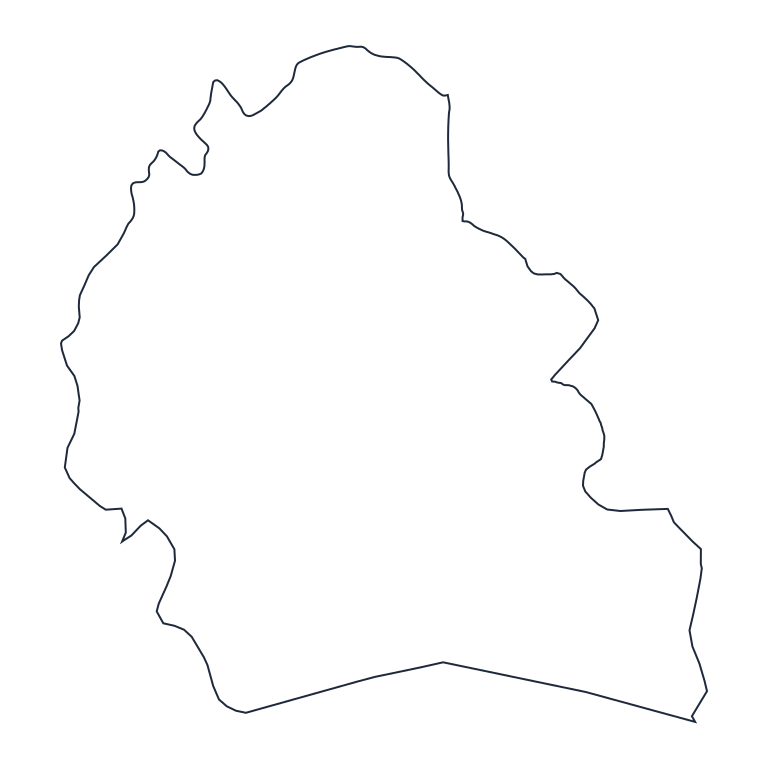 Lhamoizingkha, Geylegphug, Bhutan
{"feature_id": "84629894B38821780913292", "entity_name": "Lhamoizingkha", "entity_type": "district", "adm_level": 2, "iso_a3": "BTN", "parent_name": "Bhutan", "parent_adm1": "Geylegphug", "projection": "robinson", "projection_center": [89.795, 26.759], "detail": "fine", "context": "isolated", "style": "outline", "palette": "slate", "viewbox_px": 768, "rotation_deg": 0, "n_neighbors": 0, "source": "geoboundaries", "source_scale": "gbopen_adm2", "svg_char_len": 5983}
<svg xmlns="http://www.w3.org/2000/svg" viewBox="0 0 768 768"><path d="M61.0,343.6L62.1,350.3L67.0,365.6L74.4,376.0L77.5,385.9L78.8,395.2L79.6,400.4L78.3,408.0L78.6,411.6L74.3,433.8L67.5,447.8L64.8,467.5L69.6,478.1L74.1,483.2L79.8,489.1L89.4,497.2L100.0,506.1L105.8,509.7L121.5,508.6L125.3,518.4L125.8,532.6L122.1,541.6L125.0,539.6L131.4,535.5L140.8,525.6L148.0,520.3L159.3,528.3L166.9,536.3L174.4,549.3L175.0,560.7L170.7,576.1L166.3,586.9L158.8,603.5L156.7,611.4L163.3,623.3L174.5,625.8L184.0,629.7L191.7,636.8L203.9,657.3L207.4,664.9L213.2,686.0L219.0,699.5L226.8,706.3L235.9,710.7L245.9,712.8L357.6,681.5L374.9,676.9L423.2,666.8L443.1,662.3L585.7,692.0L695.1,721.9L691.9,716.2L707.0,691.2L704.5,680.8L699.4,663.5L692.4,646.4L689.5,630.3L693.2,614.4L696.8,597.6L700.4,578.9L701.8,568.3L700.8,564.0L700.9,549.1L692.6,541.5L678.0,526.6L673.9,522.3L671.2,515.8L667.8,508.9L641.8,509.8L620.4,511.0L607.2,509.5L598.4,504.5L591.0,497.9L585.3,491.5L583.0,485.8L583.2,480.9L584.1,476.2L584.6,473.0L586.0,469.6L590.0,466.5L594.6,463.7L595.9,462.5L601.0,459.1L602.3,454.9L603.8,446.5L603.8,443.4L604.3,439.3L604.3,436.0L603.9,434.1L603.2,432.0L602.5,430.1L602.2,428.0L601.1,424.9L600.6,422.8L599.6,421.2L598.8,419.1L597.9,417.1L597.1,415.2L596.2,413.2L595.3,411.3L594.3,409.4L593.3,407.5L592.3,405.6L591.2,403.8L589.5,402.4L587.9,401.0L586.3,399.7L584.7,398.3L583.1,396.9L581.5,395.6L580.0,394.1L578.7,392.4L577.7,390.5L576.2,388.7L574.6,387.4L572.8,386.3L570.8,385.8L568.8,385.2L566.8,385.1L564.7,385.1L562.8,384.4L561.3,383.1L559.2,382.8L557.2,382.5L555.2,381.7L552.1,381.5L551.2,379.5L553.3,377.0L554.7,375.2L567.9,361.0L580.1,348.1L586.5,339.3L594.6,328.3L598.2,320.2L594.4,308.4L593.1,306.9L591.7,305.1L590.2,303.3L588.6,301.6L587.0,300.0L585.3,298.4L583.6,296.8L581.9,295.3L580.1,293.8L578.5,292.1L577.1,290.3L575.6,288.5L574.0,286.8L572.3,285.3L570.5,283.8L568.8,282.3L567.0,280.8L565.2,279.3L563.6,277.7L562.0,275.7L560.4,274.0L556.7,272.9L554.4,273.9L551.2,274.3L546.6,274.3L541.3,274.5L537.5,274.4L533.8,273.4L531.0,271.2L527.5,266.3L525.2,258.8L523.4,257.6L521.8,255.9L520.2,254.2L518.6,252.6L517.0,250.9L515.4,249.2L513.8,247.6L512.1,246.0L510.4,244.4L508.7,242.8L507.0,241.2L505.2,239.7L503.4,238.4L501.5,237.2L499.5,236.2L497.4,235.3L495.2,234.6L493.0,233.9L490.9,233.1L488.7,232.4L486.5,231.8L484.3,231.1L482.2,230.3L480.2,229.3L478.1,228.3L476.1,227.2L474.1,225.9L472.5,224.4L470.5,222.9L468.8,222.0L466.9,221.4L464.5,221.4L462.6,221.1L462.5,217.4L463.1,215.1L463.1,213.0L462.1,210.1L461.9,207.2L461.9,205.2L461.6,203.2L461.1,200.8L460.4,198.6L459.6,196.4L458.6,194.2L457.7,192.1L456.6,190.0L455.5,187.9L454.5,185.8L453.3,183.7L452.1,181.7L450.8,179.7L449.7,177.6L449.0,175.4L448.7,173.1L448.6,170.8L448.7,168.3L448.7,165.9L448.7,163.5L448.5,156.4L448.4,154.1L448.3,149.3L448.2,144.6L448.1,139.8L448.1,137.5L448.1,135.1L448.2,130.4L448.2,128.0L448.3,125.6L448.4,123.3L448.5,120.9L448.6,118.5L448.8,116.1L448.9,113.8L449.2,111.4L449.6,109.1L449.6,106.7L449.4,104.4L449.1,102.0L448.6,99.7L448.2,97.4L447.8,95.0L445.6,95.5L443.3,95.6L441.3,94.6L439.4,93.3L437.6,91.8L435.9,90.3L434.1,88.8L432.4,87.3L430.6,85.9L428.8,84.4L427.1,82.9L425.4,81.3L423.7,79.7L422.1,78.1L420.5,76.4L418.9,74.7L417.2,73.1L415.6,71.4L414.0,69.8L412.3,68.3L410.5,66.7L408.8,65.3L407.0,63.8L405.1,62.4L403.3,61.1L401.4,59.8L399.4,58.6L397.3,57.8L395.1,57.5L392.8,57.3L390.6,57.1L388.3,57.0L386.0,56.9L383.8,56.7L381.6,56.5L379.3,56.1L377.1,55.5L374.9,54.9L372.8,54.0L370.9,52.9L369.0,51.6L367.2,50.1L365.5,48.5L363.6,47.3L361.4,46.7L359.2,46.8L356.9,46.9L354.7,46.7L352.4,46.4L350.2,46.1L347.9,46.2L345.7,46.7L343.5,47.2L341.3,47.8L339.1,48.3L336.9,48.9L334.7,49.4L332.5,50.0L330.3,50.6L328.2,51.2L326.0,51.8L323.8,52.5L321.6,53.2L319.5,53.9L317.4,54.7L315.2,55.5L313.1,56.3L311.0,57.1L308.9,58.0L306.8,58.9L304.7,59.8L302.6,60.8L300.6,61.8L298.6,62.9L297.0,64.5L295.9,66.6L295.2,68.9L294.7,71.2L294.2,73.5L293.7,75.8L293.1,78.1L292.2,80.3L290.9,82.2L289.3,83.9L287.5,85.3L285.6,86.6L283.9,88.2L282.4,89.9L280.9,91.7L279.5,93.6L278.1,95.4L276.5,97.2L274.9,98.8L273.2,100.4L271.5,101.9L269.8,103.5L268.0,105.0L266.3,106.5L264.5,107.9L262.7,109.4L260.9,110.8L258.9,111.9L256.9,113.0L254.9,114.1L252.9,115.2L250.8,115.9L248.5,116.1L246.3,115.5L244.5,114.2L243.1,112.3L242.1,110.2L241.2,108.0L239.9,106.0L238.6,104.2L237.1,102.3L235.5,100.7L233.9,99.0L232.3,97.3L230.8,95.5L229.5,93.6L228.2,91.7L226.9,89.7L225.6,87.8L224.2,85.9L222.7,84.1L221.1,82.5L219.3,81.2L217.2,80.2L215.0,80.5L213.3,82.0L212.8,84.3L212.4,86.6L211.5,91.3L211.1,93.6L210.8,95.9L210.5,98.3L210.3,100.7L209.6,102.9L208.7,105.1L207.6,107.2L206.6,109.3L205.5,111.4L204.4,113.4L203.2,115.4L201.9,117.4L200.5,119.2L198.8,120.8L197.1,122.4L195.7,124.2L194.5,126.3L194.2,128.6L194.7,130.9L195.7,133.0L197.0,134.9L198.5,136.7L200.0,138.4L201.7,140.1L203.4,141.6L205.1,143.2L206.8,144.8L208.1,146.7L208.4,149.0L207.8,151.3L206.6,153.3L205.2,155.1L204.7,156.9L204.5,159.3L204.6,161.7L204.5,164.0L204.4,166.4L203.9,168.7L203.1,170.9L201.4,173.4L199.4,174.3L197.1,174.8L194.9,174.9L192.6,174.8L190.5,174.0L188.6,172.7L186.9,171.1L185.5,169.2L183.9,167.6L182.1,166.2L180.2,164.8L178.4,163.4L176.6,162.0L174.8,160.6L173.0,159.2L171.1,157.8L169.3,156.3L167.7,154.6L166.2,152.9L164.4,151.5L162.3,150.5L160.0,150.3L158.3,151.6L157.6,154.0L156.8,156.2L155.7,158.3L154.4,160.3L152.9,162.0L151.2,163.5L149.7,165.3L148.9,167.5L148.8,169.9L149.0,172.3L149.3,174.6L148.7,176.9L147.4,178.8L145.7,180.4L143.8,181.6L141.6,182.1L139.3,182.2L137.0,182.2L134.8,182.5L132.7,183.5L131.4,185.5L131.0,187.8L131.1,190.2L131.4,192.6L131.9,194.9L132.6,197.1L133.1,199.4L133.6,201.8L134.0,204.1L134.2,206.4L134.3,208.8L134.3,211.2L134.2,213.6L133.7,215.9L132.8,218.0L131.5,220.0L130.1,221.8L128.5,223.5L127.3,225.6L126.3,227.7L125.4,229.8L124.4,232.0L123.4,234.1L117.6,244.4L106.4,255.5L94.0,267.0L88.7,275.3L84.3,285.6L79.9,295.2L79.1,300.1L78.8,306.3L79.7,317.4L78.2,323.3L74.1,331.0L68.5,336.3L62.0,340.7L61.0,343.6Z" fill="none" stroke="#1e293b" stroke-width="2"/></svg>